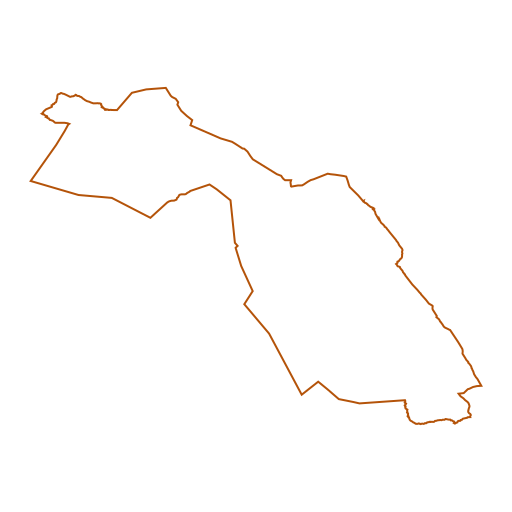 the district of Stor-Elvdal nor, Hedmark, Norway
{"feature_id": "86288312B62333254933331", "entity_name": "Stor-Elvdal nor", "entity_type": "district", "adm_level": 2, "iso_a3": "NOR", "parent_name": "Norway", "parent_adm1": "Hedmark", "projection": "natural_earth1", "projection_center": [11.012, 61.582], "detail": "fine", "context": "isolated", "style": "outline", "palette": "amber", "viewbox_px": 512, "rotation_deg": 0, "n_neighbors": 0, "source": "geoboundaries", "source_scale": "gbopen_adm2", "svg_char_len": 5887}
<svg xmlns="http://www.w3.org/2000/svg" viewBox="0 0 512 512"><path d="M450.1,330.0L449.4,329.8L448.4,329.2L445.0,327.6L443.8,326.6L442.4,324.3L441.8,323.6L441.3,322.9L441.2,322.5L440.2,321.6L439.1,319.4L437.6,318.1L436.4,317.2L436.8,316.0L432.8,309.7L432.6,309.2L432.5,308.7L432.5,307.7L432.7,306.1L432.0,305.4L428.9,303.6L426.0,299.9L421.0,294.3L420.7,293.5L419.8,292.8L417.4,289.9L412.3,284.5L405.2,275.3L405.0,274.4L404.2,273.8L403.7,272.9L403.1,272.4L402.5,270.8L400.5,268.5L400.4,268.2L400.0,267.7L399.9,267.0L398.7,266.5L398.0,266.4L397.6,266.2L396.8,264.7L396.1,264.0L396.5,263.7L397.5,262.8L397.6,262.1L397.4,261.8L397.5,261.6L398.2,261.4L398.9,261.0L400.2,259.1L401.0,258.6L401.6,257.9L402.0,257.0L402.1,255.2L402.0,254.6L402.4,253.6L402.1,252.4L402.1,251.4L402.2,251.0L402.4,250.6L402.5,250.3L402.4,249.6L402.0,248.7L399.3,245.4L398.7,244.2L398.0,242.7L396.4,240.8L396.1,240.1L390.6,233.4L388.7,231.0L388.4,230.5L387.3,229.3L386.5,228.1L386.0,227.5L384.6,226.7L384.4,225.9L383.9,225.3L383.7,225.2L383.1,224.5L381.2,222.9L380.2,221.3L379.9,220.3L379.4,219.7L379.3,218.9L379.1,218.5L378.5,217.7L378.4,217.3L378.2,217.3L377.8,217.5L377.8,217.8L375.6,214.0L375.4,213.4L375.1,211.9L374.1,210.3L373.9,209.7L373.4,209.5L373.8,209.2L373.2,209.0L372.8,208.3L373.3,208.0L373.0,207.8L372.4,207.9L372.2,207.8L372.1,207.5L371.9,207.3L370.5,206.9L369.1,205.7L368.3,205.3L367.6,204.3L367.0,204.0L366.9,203.7L366.6,203.6L366.2,203.2L364.8,202.7L364.6,202.4L363.7,201.8L363.8,201.6L363.2,201.2L363.3,201.0L363.1,201.1L363.3,200.9L363.1,200.8L362.8,200.8L358.2,195.4L349.7,187.0L348.8,184.6L347.6,180.5L346.2,176.6L343.7,176.0L335.1,174.7L330.4,174.2L327.7,173.7L313.5,179.3L310.7,180.1L307.7,181.8L303.9,184.4L302.1,185.4L297.8,185.5L291.4,186.6L291.0,186.3L290.9,185.9L290.8,184.4L290.5,182.8L290.5,182.3L291.1,180.2L285.1,180.2L283.5,179.0L282.2,177.4L281.2,175.8L276.9,174.2L252.8,159.3L250.4,156.1L247.5,151.6L244.2,148.7L242.5,148.5L235.3,143.8L232.0,141.8L220.6,138.4L190.5,125.3L192.2,120.1L186.9,116.0L181.2,110.8L177.4,104.7L178.2,102.2L175.7,98.8L172.1,97.0L170.7,95.7L165.8,87.9L146.2,89.4L131.9,92.8L117.0,110.1L111.5,110.0L111.0,109.8L109.5,110.0L109.2,109.9L108.9,110.0L108.4,110.0L107.8,109.6L106.6,109.3L106.2,109.5L106.3,109.5L106.1,109.7L105.9,109.6L106.0,109.8L105.1,109.9L104.9,109.4L105.0,109.1L104.7,109.0L104.7,108.8L104.0,108.6L103.8,108.2L103.5,108.1L103.3,107.7L102.9,107.8L102.1,107.4L102.4,106.9L102.2,106.6L101.8,106.6L101.9,106.3L101.7,105.9L101.3,105.3L101.4,105.1L101.0,104.4L101.1,104.0L100.8,103.7L99.9,103.4L99.2,103.3L98.5,103.4L97.9,103.2L95.7,103.3L93.2,103.3L90.6,102.4L89.4,101.8L86.9,101.1L84.9,100.0L83.9,99.2L83.2,98.8L81.3,97.1L80.3,96.8L79.0,96.0L77.2,95.9L76.2,95.0L75.5,94.8L74.7,95.7L73.7,96.0L73.1,96.3L72.0,96.3L70.6,96.8L70.0,96.8L66.0,94.8L64.0,93.9L62.9,93.7L61.2,93.0L60.6,93.1L60.3,93.3L59.7,93.9L58.1,94.3L57.8,94.6L57.4,95.4L57.4,95.9L57.3,96.4L57.2,98.2L56.6,99.6L56.5,100.8L56.1,102.0L55.9,102.3L54.7,102.9L54.2,103.9L53.0,104.1L52.6,104.8L51.6,105.3L51.8,105.8L51.7,106.3L51.9,106.5L51.8,106.9L46.1,109.3L44.0,111.1L42.5,113.0L43.1,113.4L43.2,113.6L42.1,113.9L42.7,114.3L43.9,114.5L45.3,115.6L47.1,116.2L47.2,116.4L47.2,116.6L46.5,116.8L46.1,117.1L47.0,117.5L47.2,117.8L47.9,118.2L48.8,118.4L48.9,118.6L48.9,118.8L49.2,119.0L49.6,119.5L49.8,119.9L50.3,119.9L52.8,120.8L53.4,121.2L54.8,122.5L55.6,122.8L64.6,122.8L67.7,123.3L69.2,123.9L68.2,124.6L64.7,131.0L56.2,144.9L30.7,181.0L78.5,195.0L111.8,197.9L150.4,217.8L167.3,202.4L167.6,202.3L168.4,201.7L169.6,201.2L171.5,200.7L172.9,200.7L174.6,200.5L175.2,200.1L176.4,199.7L176.8,199.0L177.0,198.0L178.1,197.2L179.3,195.0L179.6,194.8L181.5,194.3L184.9,194.3L185.8,194.1L186.4,193.6L187.0,193.2L187.2,192.9L187.7,192.7L189.7,191.6L190.2,191.0L190.5,190.9L209.5,184.5L216.7,189.3L230.5,200.3L234.9,242.8L237.6,245.9L235.6,247.8L241.2,266.0L252.7,291.1L244.3,304.2L269.1,333.6L301.7,394.7L318.2,381.7L327.6,389.4L338.8,399.1L353.3,402.0L359.5,403.4L405.0,400.2L405.3,401.0L405.1,402.2L404.7,402.4L404.8,402.7L405.2,403.1L406.1,403.6L406.0,403.9L405.3,404.5L405.2,405.1L404.9,405.3L405.2,405.6L405.0,405.9L405.2,406.3L405.2,406.6L405.6,406.9L405.3,407.8L405.7,408.6L407.4,409.6L407.1,410.7L407.4,412.0L407.0,412.4L407.1,412.7L407.5,412.9L408.0,413.4L408.1,413.9L407.9,414.7L408.2,415.3L407.8,415.7L407.6,416.2L407.9,416.5L408.4,416.7L408.3,417.0L408.4,417.3L409.1,417.6L409.1,418.1L409.3,418.5L409.7,419.7L410.6,420.7L412.0,421.4L413.4,422.5L414.4,422.8L414.9,423.3L415.8,423.6L415.9,423.8L417.2,423.9L418.9,423.4L419.4,423.8L420.2,423.8L420.7,424.1L422.1,423.6L423.8,423.9L424.8,423.2L425.2,423.1L425.7,423.3L426.3,423.2L427.1,422.4L427.7,422.4L428.2,422.1L429.1,422.1L430.0,421.7L430.4,422.0L431.7,421.8L433.7,421.9L434.2,421.7L435.0,420.9L436.3,420.8L437.7,420.3L439.0,420.2L440.2,420.0L441.5,420.2L442.8,419.7L444.4,419.8L444.8,419.6L445.3,419.1L445.7,419.0L448.6,419.6L450.3,419.6L450.6,419.9L450.7,420.3L450.8,420.4L451.5,420.3L452.0,420.4L453.1,421.3L453.9,421.4L454.2,421.7L454.5,422.2L454.3,422.8L454.0,423.1L454.9,423.6L456.4,422.7L457.4,422.4L457.6,421.6L457.9,421.2L458.6,420.9L460.1,420.9L460.5,420.6L460.7,420.0L461.9,419.8L462.1,419.6L462.6,418.9L462.9,418.7L467.0,417.8L467.3,417.7L467.5,417.3L467.9,417.2L470.1,417.1L470.0,416.9L470.0,416.5L470.7,415.5L470.7,414.6L470.2,413.9L469.2,413.3L468.7,412.7L468.4,412.3L468.2,411.6L468.3,410.2L468.5,410.0L468.8,408.4L469.3,407.2L469.5,406.3L469.4,405.6L468.6,403.3L467.7,402.1L465.0,400.0L463.4,398.3L460.7,396.4L460.0,395.6L458.6,393.7L463.7,393.1L467.8,389.2L469.5,388.7L473.0,387.0L476.9,386.1L481.3,385.8L477.7,379.4L477.0,378.4L476.0,377.3L474.1,374.2L473.2,371.3L472.5,370.1L472.0,368.7L471.5,368.0L471.5,367.4L470.9,365.9L469.0,363.4L468.5,363.1L468.2,362.7L468.2,361.9L466.3,359.9L465.3,358.1L462.5,353.7L462.7,351.5L462.6,350.1L462.3,348.9L458.3,342.3L450.1,330.0Z" fill="none" stroke="#b45309" stroke-width="2"/></svg>